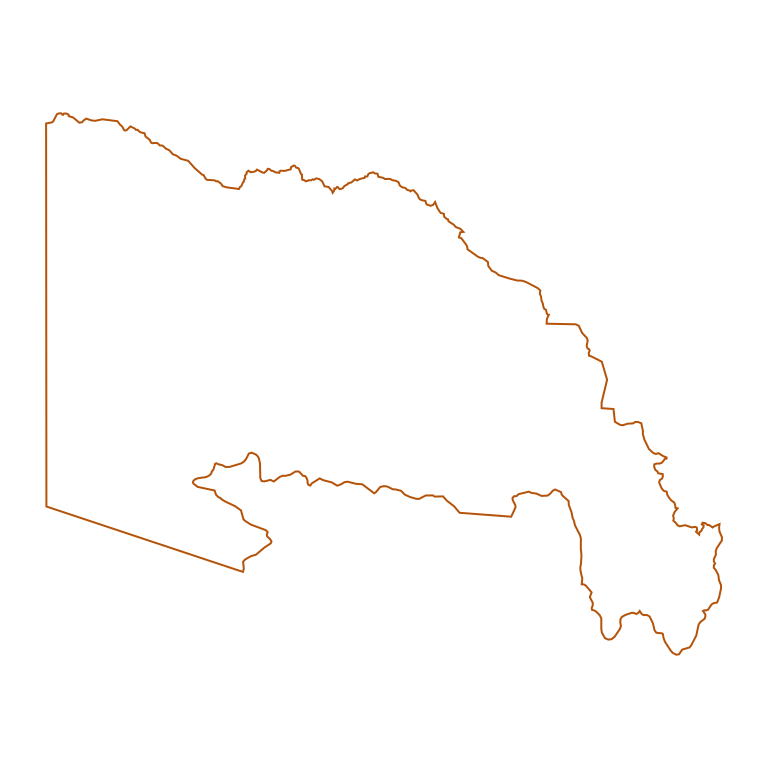 the district of Lagaip/Pogera District, Enga, Papua New Guinea
{"feature_id": "67681753B66216026756118", "entity_name": "Lagaip/Pogera District", "entity_type": "district", "adm_level": 2, "iso_a3": "PNG", "parent_name": "Papua New Guinea", "parent_adm1": "Enga", "projection": "orthographic", "projection_center": [143.276, -5.41], "detail": "fine", "context": "isolated", "style": "outline", "palette": "amber", "viewbox_px": 768, "rotation_deg": 0, "n_neighbors": 0, "source": "geoboundaries", "source_scale": "gbopen_adm2", "svg_char_len": 6106}
<svg xmlns="http://www.w3.org/2000/svg" viewBox="0 0 768 768"><path d="M46.1,123.5L46.4,506.5L242.9,571.9L243.8,568.8L243.1,561.7L245.1,559.5L251.0,556.1L255.8,554.8L264.6,547.4L270.8,543.3L271.5,541.3L269.8,538.8L267.3,536.6L266.7,534.7L267.7,532.3L265.9,530.2L250.9,524.6L245.4,521.1L243.5,519.4L241.0,510.4L235.1,506.2L225.2,501.5L221.6,499.3L220.3,497.9L218.6,497.3L216.1,494.9L214.6,490.5L197.7,486.9L193.4,483.6L192.9,482.0L193.5,480.7L195.4,479.1L198.7,478.1L206.0,477.1L209.1,475.6L211.1,473.8L211.8,471.5L213.3,469.8L215.2,463.7L216.6,463.3L217.8,464.1L222.4,465.2L225.7,467.0L229.5,466.9L238.1,464.4L241.4,463.3L244.2,461.4L246.1,459.0L248.8,453.6L251.6,452.7L255.9,454.5L257.4,455.9L258.8,458.1L260.0,463.5L260.3,478.1L261.6,481.0L264.3,481.4L270.5,479.9L273.8,481.5L279.9,476.8L283.0,475.7L285.1,475.9L290.3,474.7L295.3,471.6L298.2,471.4L299.7,472.2L302.9,475.8L305.0,476.0L306.4,477.6L307.5,480.5L307.6,483.2L308.4,484.8L310.2,485.6L312.0,483.2L319.7,478.4L323.0,480.1L331.8,482.4L337.2,485.7L340.8,484.4L344.5,482.2L347.6,481.7L355.9,483.8L362.3,484.3L374.2,493.3L375.9,492.2L380.2,487.0L384.0,486.1L387.5,486.6L392.8,489.3L395.0,489.3L401.1,490.8L404.8,494.6L410.0,497.0L416.5,498.9L419.1,498.9L425.7,495.5L432.9,495.4L434.8,496.6L443.0,496.4L447.0,500.8L454.1,506.3L459.6,512.8L511.2,516.7L515.5,507.4L515.3,505.1L512.7,500.1L512.5,498.0L514.0,496.3L516.5,496.1L518.7,494.1L528.8,491.7L531.6,492.9L536.4,493.6L541.5,495.9L547.6,495.6L550.0,493.9L552.8,490.7L555.1,489.5L561.0,492.1L561.8,494.7L562.9,496.0L568.6,501.0L568.8,504.9L571.5,512.1L572.6,517.9L573.8,520.4L575.1,525.6L580.0,535.1L580.9,538.6L580.8,548.6L581.5,555.4L580.9,564.3L580.3,567.4L580.5,570.9L582.3,578.6L581.7,584.3L583.8,584.4L585.9,585.7L591.6,592.4L589.8,597.1L592.8,602.9L592.7,605.5L591.7,608.1L592.0,609.9L594.8,610.6L597.4,612.8L599.7,615.2L601.3,618.4L601.3,629.1L601.9,632.7L605.0,638.2L608.3,639.6L611.5,639.2L614.5,636.9L619.7,629.3L620.9,626.3L620.3,622.1L620.4,619.5L621.9,616.9L625.3,615.0L631.7,612.8L633.7,612.9L636.4,614.0L638.5,612.7L639.7,611.0L641.7,614.0L643.5,615.1L646.9,615.0L649.6,616.5L653.0,623.5L654.5,630.2L656.4,632.8L661.9,633.3L663.0,634.2L663.4,637.5L664.9,641.7L670.9,650.9L672.9,653.0L676.3,654.7L679.0,654.3L682.2,649.6L689.6,647.4L691.5,644.8L696.3,635.5L698.6,624.5L700.5,621.9L704.6,618.8L705.4,616.4L705.3,614.3L703.0,611.0L704.2,610.3L706.4,610.4L708.1,609.6L711.6,604.4L713.3,603.3L717.1,602.5L719.1,597.4L721.0,588.7L721.1,585.3L719.0,580.2L718.3,575.0L715.7,569.9L713.8,567.8L713.9,565.2L715.1,563.6L713.8,561.1L713.9,558.9L715.9,554.8L715.7,551.3L716.8,548.1L721.9,540.4L721.9,537.1L719.4,531.3L719.1,527.6L719.5,524.1L713.7,526.6L712.6,527.5L709.3,525.1L707.5,525.0L705.6,523.3L702.5,522.7L701.8,524.4L703.7,525.3L703.4,527.4L701.9,529.3L701.3,531.0L699.6,532.0L699.2,534.6L696.0,531.7L697.2,530.3L696.8,527.5L695.1,526.9L691.7,527.4L685.2,525.2L679.4,526.3L677.3,525.0L675.8,522.9L673.3,520.7L673.8,518.5L673.1,515.6L674.7,511.9L677.6,508.4L675.5,507.9L675.2,505.1L674.2,502.5L671.2,500.4L669.2,497.9L667.3,494.9L666.7,491.7L663.9,490.9L661.8,488.7L659.1,482.5L659.8,480.1L662.1,478.5L662.8,476.8L662.7,474.1L658.2,473.3L657.4,471.5L655.4,469.9L654.1,466.7L654.3,464.4L656.4,463.6L659.9,463.5L662.0,462.6L665.1,458.7L666.4,458.7L666.6,457.5L663.1,456.1L658.4,453.1L656.0,454.0L653.4,453.1L649.0,449.1L644.4,439.6L642.9,434.2L642.9,430.8L641.3,423.3L637.7,421.9L634.9,422.1L633.0,423.4L627.6,423.7L622.6,425.3L620.0,424.8L614.9,421.8L613.5,409.0L601.6,408.2L601.6,402.6L607.1,379.7L601.8,361.7L591.1,356.3L589.2,355.8L588.7,353.1L589.7,350.5L589.0,349.2L587.5,348.4L586.7,345.9L587.7,340.5L586.9,338.1L582.1,332.9L578.8,325.8L575.7,324.3L546.6,323.7L546.9,318.9L548.8,314.8L547.7,314.7L546.8,313.4L546.0,309.8L544.4,309.1L543.4,306.8L542.8,303.5L541.5,300.5L541.0,296.4L539.8,293.7L540.3,290.6L537.7,288.1L526.2,282.1L522.2,280.7L517.1,280.5L509.7,278.6L498.8,275.2L495.7,272.5L491.7,270.7L488.3,266.0L487.9,262.0L482.5,258.0L480.3,257.8L477.9,256.7L467.6,249.4L467.1,246.3L465.6,243.9L461.4,238.3L458.9,237.4L460.3,232.3L463.4,231.9L460.4,228.8L455.9,227.1L453.6,224.6L448.5,221.3L448.1,219.5L446.6,218.9L444.1,216.6L443.9,213.8L440.7,212.9L439.6,211.5L437.4,208.0L435.1,202.0L433.1,204.9L430.5,205.8L427.1,204.6L426.2,203.7L425.4,200.9L421.8,200.2L419.8,199.2L418.6,197.6L417.7,194.9L413.6,190.2L411.7,190.5L410.4,191.3L409.6,190.5L407.2,189.9L405.2,187.9L402.0,187.2L399.8,185.5L398.5,182.2L395.9,180.8L392.3,180.2L390.1,178.9L384.9,179.0L383.2,177.9L378.3,176.7L377.5,173.7L375.2,173.5L373.1,172.3L369.4,173.3L368.3,174.1L367.4,176.4L365.0,176.5L364.7,177.8L359.8,179.0L357.1,180.5L354.9,179.4L351.4,182.4L347.9,183.4L347.7,184.3L344.5,185.9L342.6,188.4L339.7,189.2L337.6,187.0L336.9,187.1L335.4,188.9L334.4,188.5L334.0,190.9L332.7,192.8L331.9,190.7L328.6,187.0L324.5,186.3L322.2,181.3L319.1,179.0L316.2,178.4L313.8,179.8L312.6,179.3L310.9,180.4L308.5,180.2L307.8,180.8L305.6,181.3L304.6,180.3L302.2,179.6L301.9,174.6L301.0,174.0L298.9,168.9L298.2,168.1L296.1,167.6L295.0,165.9L293.8,165.5L291.0,167.2L290.7,169.3L284.7,170.9L280.8,170.7L279.6,171.3L279.3,172.8L275.6,172.4L272.8,170.9L271.5,170.8L269.5,169.1L267.7,168.8L267.0,170.3L264.2,172.8L262.5,172.5L257.0,169.6L255.6,171.2L252.4,172.1L250.5,172.1L248.4,170.7L246.6,172.3L246.6,173.8L245.0,175.6L245.2,178.5L244.3,179.2L243.8,181.6L243.0,182.3L241.4,186.0L239.9,187.1L239.0,189.0L226.9,187.4L222.7,186.2L220.8,183.4L217.7,181.2L216.2,181.3L214.5,180.3L207.4,179.9L205.7,178.9L203.7,175.2L202.1,174.6L194.7,168.1L188.2,160.8L180.7,158.8L176.7,155.7L172.9,154.3L169.3,150.3L165.9,148.6L162.6,145.6L159.8,145.4L157.6,143.2L155.6,142.9L152.3,143.2L151.1,142.7L149.7,139.8L145.6,136.6L144.5,133.2L140.9,132.4L139.3,131.6L137.7,129.8L136.0,129.9L135.0,128.7L130.4,126.4L126.8,130.0L125.1,130.6L124.0,129.9L122.2,126.5L120.0,124.6L117.4,121.2L102.5,119.3L95.2,120.8L91.4,120.4L86.2,118.6L83.4,120.6L82.2,122.2L79.3,122.7L73.2,117.5L68.7,116.1L68.6,114.7L66.4,113.5L64.0,113.5L63.1,114.8L62.2,114.6L61.1,113.3L59.1,113.3L56.9,114.3L53.2,121.4L52.1,122.3L46.1,123.5Z" fill="none" stroke="#b45309" stroke-width="2"/></svg>